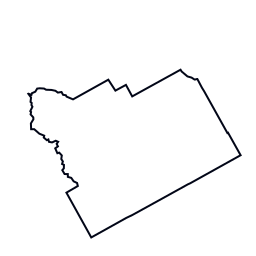 outline of Yakima, Washington, United States of America, rotated 331°
{"feature_id": "52423323B32791313624567", "entity_name": "Yakima", "entity_type": "district", "adm_level": 2, "iso_a3": "USA", "parent_name": "United States of America", "parent_adm1": "Washington", "projection": "mercator", "projection_center": [-121.053, 46.564], "detail": "fine", "context": "isolated", "style": "outline", "palette": "ink", "viewbox_px": 256, "rotation_deg": 331, "n_neighbors": 0, "source": "geoboundaries", "source_scale": "gbopen_adm2", "svg_char_len": 1072}
<svg xmlns="http://www.w3.org/2000/svg" viewBox="0 0 256 256"><g transform="rotate(331 128 128)"><path d="M49.7,95.5L51.1,99.3L52.8,99.4L52.2,101.8L54.6,103.8L58.6,104.1L60.2,106.2L57.9,107.3L57.8,110.1L54.5,110.5L54.0,115.8L55.9,116.2L56.8,119.9L54.6,122.8L54.8,125.7L52.9,127.5L54.1,129.2L52.3,132.2L50.1,133.0L50.2,137.5L53.0,139.1L51.7,141.6L54.2,144.1L54.6,148.3L56.8,151.4L56.0,154.4L42.8,154.7L42.8,205.9L82.9,205.8L89.5,206.2L140.4,206.3L153.2,206.3L155.4,206.5L213.3,206.4L213.2,180.6L212.5,180.6L212.4,132.9L212.2,128.6L212.4,118.8L211.7,118.5L210.0,118.1L209.6,117.7L208.0,114.7L205.0,111.7L202.3,104.6L202.2,102.5L153.3,102.4L147.0,102.4L147.1,89.3L135.1,89.2L134.2,76.2L93.8,76.3L89.5,70.8L89.5,69.2L87.3,67.5L87.3,64.3L83.8,63.0L82.6,60.3L79.5,57.6L74.9,54.8L73.7,52.8L70.1,50.5L67.7,49.5L64.5,51.3L60.8,51.0L59.6,52.2L57.5,49.7L57.4,49.7L58.0,54.3L55.4,57.9L55.9,59.4L54.7,61.1L54.7,63.1L50.7,65.9L51.0,67.0L49.4,68.9L50.3,72.8L49.5,74.5L45.3,76.9L42.7,82.1L45.4,83.6L47.7,90.0L51.0,94.1L49.7,95.5Z" fill="none" stroke="#020617" stroke-width="2"/></g></svg>